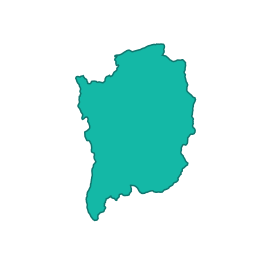 outline of Buenos Aires, Puntarenas, Costa Rica, rotated 49°
{"feature_id": "36466004B75428693831232", "entity_name": "Buenos Aires", "entity_type": "district", "adm_level": 2, "iso_a3": "CRI", "parent_name": "Costa Rica", "parent_adm1": "Puntarenas", "projection": "natural_earth1", "projection_center": [-83.259, 9.079], "detail": "fine", "context": "isolated", "style": "filled", "palette": "teal", "viewbox_px": 256, "rotation_deg": 49, "n_neighbors": 0, "source": "geoboundaries", "source_scale": "gbopen_adm2", "svg_char_len": 5779}
<svg xmlns="http://www.w3.org/2000/svg" viewBox="0 0 256 256"><g transform="rotate(49 128 128)"><path d="M153.2,205.0L154.7,206.6L155.5,206.9L156.5,207.8L158.0,208.4L158.4,208.5L159.2,209.0L160.1,209.9L160.6,210.6L161.2,211.1L162.3,211.6L163.0,211.8L165.8,213.2L168.1,213.3L170.7,214.1L174.4,214.3L175.0,214.0L175.9,213.8L176.4,212.9L176.9,212.2L177.1,211.6L176.8,210.8L176.8,210.1L175.0,208.9L173.8,207.4L173.9,205.7L173.7,205.1L173.7,204.2L174.2,203.5L174.6,202.4L174.9,202.0L175.1,201.0L174.0,199.0L173.9,197.9L173.5,197.3L173.1,197.0L172.4,197.0L171.9,197.2L171.5,197.2L171.1,196.9L170.5,196.0L169.6,195.5L169.4,195.2L169.4,194.0L168.7,193.5L167.9,191.8L167.2,191.0L167.4,190.2L167.6,189.9L167.9,189.5L167.8,188.4L168.3,186.9L167.9,186.4L167.9,186.2L168.2,185.6L169.1,185.9L169.8,186.0L171.4,185.3L171.9,184.7L172.3,184.5L174.4,184.6L175.0,184.2L175.1,183.8L174.9,183.5L174.3,183.2L174.2,180.1L173.7,179.4L172.9,178.8L172.7,178.4L172.7,177.6L173.7,175.9L175.6,175.7L176.3,175.3L177.3,174.2L177.7,173.5L178.3,172.9L179.1,171.3L179.1,170.9L178.5,170.0L178.1,168.3L178.0,167.4L177.9,167.0L176.9,166.3L176.3,165.5L174.7,164.8L173.9,164.2L173.0,163.8L172.9,163.7L173.0,163.5L175.6,161.1L177.2,160.5L179.4,160.2L181.0,160.5L182.5,160.9L183.7,161.0L184.6,161.0L184.8,160.8L186.2,160.6L186.5,160.2L187.0,159.9L188.1,158.3L188.4,156.6L189.0,155.9L189.8,153.5L190.5,152.0L191.4,150.7L191.7,150.4L193.1,150.3L193.9,149.7L194.9,149.0L196.6,146.5L197.4,146.0L198.8,144.2L198.5,141.0L198.7,140.6L199.0,140.4L199.2,139.8L199.9,137.8L200.0,136.5L199.7,135.7L199.6,135.3L200.3,131.8L199.6,129.8L199.6,129.0L200.4,127.0L200.4,125.1L200.0,124.1L199.5,123.7L199.0,123.5L198.4,122.9L198.3,121.9L197.6,119.5L197.6,118.1L196.9,117.9L196.5,117.4L196.2,117.2L196.1,115.4L194.8,114.2L194.4,113.4L194.7,112.0L194.6,108.7L194.9,107.3L194.2,106.7L193.8,105.9L192.3,106.2L190.7,106.2L188.1,105.4L186.3,105.2L185.4,104.7L182.4,104.8L181.6,104.5L180.8,104.0L179.8,102.4L179.0,101.6L178.5,101.3L178.0,100.8L177.4,99.7L176.7,97.5L176.9,97.0L177.9,96.1L178.5,95.9L178.8,95.4L178.8,94.7L178.5,94.0L178.5,93.4L177.7,92.3L177.0,91.7L176.2,90.8L174.5,89.3L174.4,87.7L173.8,85.5L173.8,84.9L174.4,84.0L175.2,83.2L175.3,82.8L175.4,82.2L175.6,81.6L175.2,81.0L175.1,80.2L173.8,78.9L172.8,78.4L171.3,78.3L171.1,78.5L170.2,78.5L168.9,78.0L168.2,77.3L167.6,75.9L166.8,75.7L166.0,74.7L165.0,74.2L164.7,73.9L164.5,73.2L164.0,72.7L161.0,72.3L160.4,71.6L160.3,71.1L160.0,70.6L158.0,68.6L157.6,67.9L157.0,67.2L156.2,66.8L155.5,66.1L154.8,65.1L154.5,64.5L153.8,64.1L153.2,63.1L152.8,62.7L152.4,61.4L152.1,60.9L151.9,60.1L151.6,59.8L150.8,58.4L150.3,58.4L149.4,57.7L148.6,58.0L148.0,58.5L146.8,58.7L144.7,58.6L143.3,58.9L140.3,59.3L139.1,59.3L137.8,58.8L137.3,58.1L135.7,56.7L135.0,55.2L134.4,54.5L133.3,54.2L132.9,53.9L131.2,53.7L128.3,52.1L126.6,51.4L125.4,49.7L125.0,49.6L124.2,49.6L123.3,49.4L122.5,49.0L122.3,48.5L122.0,47.5L121.4,46.6L120.2,45.6L118.6,43.5L118.2,43.2L117.4,42.8L116.5,41.8L114.9,41.7L112.4,41.9L111.9,42.5L111.7,43.2L111.2,44.0L109.7,45.5L109.3,45.9L109.0,46.6L108.7,48.2L108.1,49.3L107.5,50.3L106.6,50.8L105.2,51.2L103.9,51.7L101.9,51.7L98.7,52.2L98.1,52.5L97.2,53.3L96.3,53.6L95.6,54.2L95.4,53.4L94.8,52.3L94.6,51.6L94.4,51.0L94.0,50.8L93.7,50.3L92.1,49.5L91.7,49.0L91.4,48.2L90.6,47.2L89.4,46.5L88.2,46.3L86.8,47.5L85.7,48.8L85.5,49.3L84.7,50.0L84.2,50.7L83.5,51.2L83.2,52.5L82.2,53.3L81.6,54.1L81.3,54.8L81.0,55.2L80.4,56.8L79.4,58.7L78.8,60.8L78.4,63.2L78.0,63.7L77.4,65.1L77.0,67.0L76.6,68.0L76.2,68.5L76.1,69.1L75.9,69.2L74.4,72.3L73.5,74.4L73.0,74.9L70.1,76.0L69.4,76.9L68.8,78.4L68.7,79.8L68.4,80.8L68.3,82.5L68.1,83.1L68.0,84.6L67.5,85.7L67.3,86.5L67.0,87.0L66.7,87.2L66.5,87.9L65.8,88.3L64.9,90.2L65.1,90.7L65.4,90.9L66.2,89.5L66.3,89.3L66.5,89.3L66.7,89.5L67.1,90.6L67.0,91.7L67.1,92.1L67.9,93.3L69.8,93.3L70.5,93.9L70.9,94.5L71.7,94.9L72.7,95.5L73.3,95.5L73.7,94.5L73.9,94.1L74.3,94.0L74.8,94.1L75.4,95.4L75.6,97.2L76.6,97.8L76.8,98.3L77.0,99.1L77.0,99.8L76.8,102.0L78.1,105.3L78.1,105.9L77.9,106.5L77.9,107.1L77.7,107.4L76.1,107.4L75.8,109.0L75.3,110.0L75.2,111.0L75.4,111.8L76.0,113.1L77.0,114.0L77.5,114.8L77.5,117.0L77.3,117.1L77.2,117.5L74.2,119.6L73.7,120.8L73.2,121.3L72.1,121.4L70.6,122.6L69.5,124.0L69.0,124.7L69.0,125.1L69.6,125.9L69.6,127.0L69.7,127.5L69.6,127.8L68.4,128.9L68.1,129.1L67.7,129.1L67.0,128.4L66.0,128.4L64.7,127.6L64.3,127.5L63.4,127.6L62.4,128.1L61.6,127.9L60.5,128.0L59.8,127.6L59.3,127.5L59.3,127.9L58.9,128.1L58.0,129.8L58.1,130.1L58.1,130.6L58.0,130.9L56.9,131.5L55.8,132.6L55.6,133.3L55.7,134.0L56.5,135.0L57.6,135.1L58.8,135.8L60.9,136.4L63.4,136.4L64.3,137.1L64.9,137.3L66.2,137.5L67.6,138.2L68.6,139.9L69.0,140.3L71.1,141.0L71.7,142.4L72.2,142.8L72.4,143.2L72.5,143.5L72.2,143.9L72.4,144.3L73.7,145.4L74.6,146.4L76.2,147.3L76.8,147.8L77.3,148.6L78.1,150.8L78.9,151.5L79.9,151.7L82.0,151.8L82.8,152.2L83.9,152.3L84.7,152.8L85.2,153.0L87.9,153.2L89.2,154.5L89.9,155.9L90.6,156.5L91.6,156.7L92.0,155.6L91.9,153.8L92.1,152.6L92.9,151.8L94.2,151.8L94.8,152.1L95.5,152.6L96.4,153.9L96.9,154.2L98.4,154.3L101.4,155.6L102.9,156.9L103.2,157.8L103.2,161.4L102.8,162.5L102.7,163.3L106.2,166.0L110.4,167.2L111.0,166.8L111.7,165.9L112.4,165.6L113.2,165.6L114.1,166.0L115.3,166.2L116.5,166.6L118.6,168.0L119.8,169.0L120.5,170.0L121.9,171.0L122.4,171.1L123.7,170.6L124.4,170.2L125.0,170.1L126.6,171.2L127.1,172.2L128.4,173.2L129.4,173.7L130.3,173.8L132.4,174.4L132.7,175.2L132.8,176.4L133.1,178.1L133.5,178.6L134.9,180.1L135.1,181.3L135.5,182.1L136.1,182.6L136.6,183.3L139.6,185.4L140.6,186.3L141.0,186.8L141.3,187.5L142.3,188.5L142.8,189.3L143.6,190.1L144.2,190.8L145.3,192.0L145.7,192.9L147.5,194.7L147.9,195.3L148.3,196.6L149.0,197.9L149.9,200.8L150.9,201.9L151.2,202.5L152.8,203.6L153.2,204.8L153.2,205.0Z" fill="#14b8a6" stroke="#0f766e" stroke-width="1.5"/></g></svg>